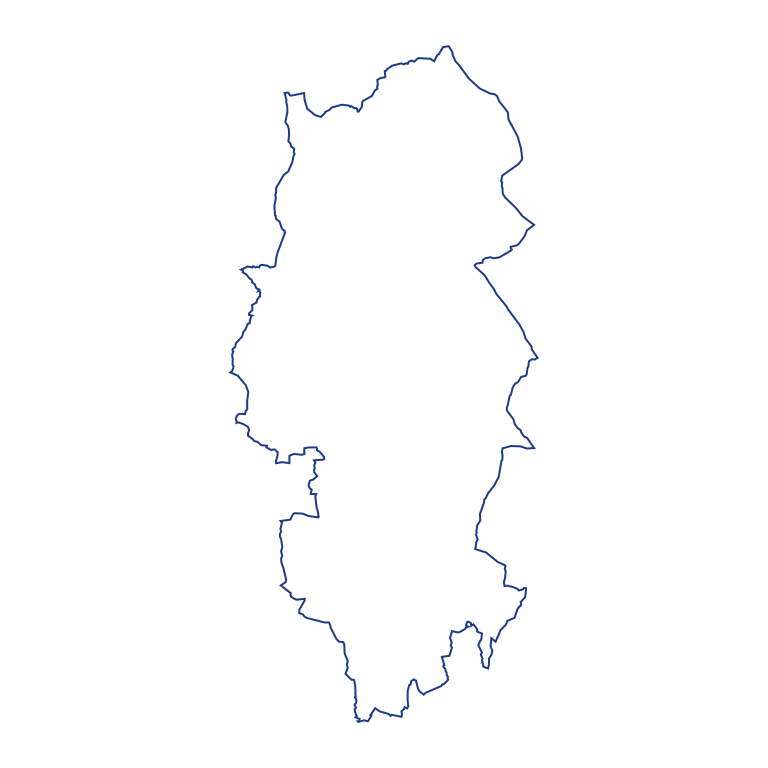 Ski nor, Akershus, Norway
{"feature_id": "86288312B53332495919573", "entity_name": "Ski nor", "entity_type": "district", "adm_level": 2, "iso_a3": "NOR", "parent_name": "Norway", "parent_adm1": "Akershus", "projection": "albers", "projection_center": [10.885, 59.725], "detail": "fine", "context": "isolated", "style": "outline", "palette": "blue", "viewbox_px": 768, "rotation_deg": 0, "n_neighbors": 0, "source": "geoboundaries", "source_scale": "gbopen_adm2", "svg_char_len": 6081}
<svg xmlns="http://www.w3.org/2000/svg" viewBox="0 0 768 768"><path d="M448.6,46.1L443.0,47.2L438.9,54.1L437.3,55.2L434.1,61.3L430.4,58.8L418.4,58.1L414.1,61.6L411.6,60.6L409.0,61.6L407.6,63.1L408.0,63.6L407.7,63.9L405.6,63.3L403.8,64.4L401.3,63.4L397.0,64.4L392.1,65.7L386.8,69.4L386.4,70.6L384.8,71.1L385.3,76.7L384.8,77.3L380.5,78.1L377.3,79.9L377.8,84.8L377.1,86.6L377.3,88.8L375.1,90.2L371.8,96.0L363.1,100.9L362.3,102.2L361.8,106.8L358.5,111.7L357.5,111.4L357.8,110.2L356.4,108.0L354.4,108.3L351.3,106.0L350.1,106.8L349.0,105.6L342.0,104.7L331.6,107.5L329.7,109.7L325.0,112.2L324.8,113.2L320.7,117.0L315.1,115.1L307.3,108.8L304.6,99.9L304.1,93.0L291.1,95.7L289.7,95.0L288.3,92.7L284.6,92.9L286.5,100.3L286.1,101.2L287.2,106.1L287.4,112.1L285.3,122.2L287.8,125.7L288.8,129.0L289.1,134.7L288.4,141.2L290.4,143.6L291.4,146.8L294.0,148.5L294.2,149.8L293.7,152.4L294.6,153.9L293.4,156.6L292.4,162.0L288.2,171.5L283.8,174.9L276.2,187.8L276.0,193.0L275.3,195.1L275.8,197.2L275.6,199.5L274.4,206.1L275.0,215.4L275.6,215.7L276.0,218.8L279.8,222.0L281.1,226.5L282.4,229.3L284.8,230.9L284.5,232.0L285.0,232.8L277.6,252.4L276.4,257.2L275.3,265.4L274.7,266.5L270.1,267.5L267.7,265.8L261.6,264.8L260.1,265.5L259.2,267.4L257.0,266.7L255.6,267.5L253.1,266.2L252.2,267.4L247.6,266.5L241.1,269.6L242.7,270.2L243.0,271.4L242.7,272.2L246.5,274.6L249.9,278.9L251.3,279.4L252.3,281.5L252.1,282.4L255.0,284.6L255.9,287.5L257.1,288.8L258.6,289.1L258.9,289.9L258.4,290.8L259.6,290.2L259.8,292.2L260.4,292.8L260.0,293.6L260.1,296.4L259.2,296.8L256.9,300.2L256.5,302.6L252.1,304.9L252.4,310.0L248.9,313.5L249.1,314.9L252.1,315.6L251.3,316.1L249.9,320.6L249.7,323.4L247.8,323.8L245.6,329.2L243.5,331.7L242.1,336.5L235.9,343.3L235.2,346.8L232.5,349.3L232.8,351.6L233.2,351.6L232.1,354.8L232.7,358.8L232.6,364.5L233.6,366.6L232.1,371.2L230.4,372.5L237.8,375.7L245.7,385.1L248.3,392.0L247.2,400.5L247.2,409.1L245.7,411.0L245.1,414.1L239.4,413.8L237.2,415.3L235.7,418.5L236.6,421.6L236.4,422.9L238.0,422.3L243.1,424.0L248.0,427.0L249.2,430.2L248.0,433.3L248.0,435.7L253.1,439.4L253.9,440.8L257.6,441.9L261.2,445.1L266.9,445.8L266.3,447.3L271.0,450.0L274.5,449.4L277.8,452.3L277.2,457.4L276.0,460.6L276.1,463.2L282.2,462.2L289.4,463.1L289.4,455.8L293.9,453.9L301.4,454.8L304.0,454.2L304.6,453.9L304.1,451.4L304.4,448.2L308.4,447.5L316.4,447.4L317.1,448.5L317.0,450.3L319.6,451.7L324.1,456.9L324.2,459.1L322.9,459.7L314.0,460.3L315.4,462.6L314.3,464.9L314.7,468.5L314.0,470.3L314.3,472.4L317.3,476.1L312.9,479.7L309.8,480.6L308.6,485.7L309.9,488.3L311.6,489.6L310.7,494.0L316.2,494.1L315.3,496.7L316.5,506.6L318.1,512.6L318.3,515.9L318.7,516.3L318.4,517.4L308.5,516.0L302.5,513.6L294.6,513.2L293.0,514.2L290.3,519.6L280.6,521.0L282.0,522.8L280.4,528.8L281.1,531.3L280.0,533.9L279.8,536.2L281.1,539.0L282.3,547.1L281.1,551.1L282.2,555.9L281.1,558.7L281.4,562.4L283.5,568.4L286.2,580.0L285.7,582.1L280.8,585.4L290.8,593.2L290.5,595.4L290.9,596.5L294.3,598.8L296.6,599.7L304.7,598.8L304.6,600.6L299.3,609.7L299.3,613.1L303.0,614.5L304.6,616.7L307.0,618.0L324.8,622.5L328.8,622.4L330.4,625.6L330.6,627.6L336.3,638.7L338.8,641.6L343.3,642.1L344.3,644.5L344.6,653.3L347.8,661.2L346.9,664.2L347.7,668.1L345.5,673.8L351.4,679.7L353.9,679.8L354.4,681.5L355.4,687.3L355.4,694.7L355.8,696.2L354.9,697.4L355.8,698.1L356.5,700.4L355.8,703.5L354.8,704.2L354.8,705.6L356.0,707.6L354.9,709.0L354.8,710.2L355.9,714.5L356.9,716.1L355.5,717.3L359.6,719.0L358.8,721.0L357.7,721.3L358.3,721.9L364.1,720.3L367.9,721.3L371.3,716.0L371.4,715.2L370.5,715.0L375.2,708.2L379.7,711.4L389.0,714.1L390.5,715.8L391.6,714.8L401.4,716.8L402.0,714.7L401.5,711.3L404.2,708.8L404.7,707.1L407.1,708.4L408.3,706.5L407.6,700.1L407.7,691.0L409.2,685.2L410.5,684.6L411.1,681.4L413.7,679.4L416.0,680.6L418.0,688.7L419.2,691.1L423.8,694.6L425.6,692.8L441.3,686.0L442.2,684.4L443.2,684.5L447.2,681.0L448.1,679.6L447.7,678.9L447.8,676.6L446.7,674.8L446.5,672.4L445.7,671.4L445.4,669.0L443.3,666.6L443.5,665.3L444.3,665.0L441.9,656.8L449.4,655.8L452.0,647.6L450.6,645.5L451.8,642.9L450.0,638.0L452.0,631.1L458.4,632.5L461.4,631.2L465.1,628.9L465.8,627.6L468.3,626.7L466.1,625.5L467.0,622.4L467.9,621.6L470.8,622.9L471.3,625.8L473.3,624.3L476.9,628.7L477.3,631.7L482.0,633.5L481.2,639.9L480.2,640.7L478.3,645.3L482.0,652.6L480.8,654.5L482.5,658.7L482.0,660.4L482.5,661.4L482.2,662.7L483.0,663.7L483.5,666.8L488.1,668.4L488.9,664.9L489.0,658.5L491.4,654.8L492.3,650.8L490.6,646.1L491.4,638.2L495.6,641.7L500.7,630.0L505.7,624.9L507.4,620.9L514.5,617.8L517.3,609.5L519.8,606.0L520.8,605.7L521.3,603.9L520.6,602.1L525.0,597.4L525.7,593.2L526.0,588.2L524.1,587.9L522.8,589.4L518.8,590.5L517.4,588.9L513.2,587.1L507.3,585.7L504.5,586.0L503.9,582.2L505.0,578.1L505.7,571.9L504.8,568.5L505.5,565.8L505.3,565.4L497.9,562.1L486.1,552.5L475.1,549.0L475.8,547.0L476.1,542.5L477.7,539.6L476.0,534.8L476.7,532.6L476.4,531.5L477.2,525.4L480.3,520.6L479.9,514.1L483.8,503.3L484.4,499.3L485.7,498.2L488.0,493.4L494.2,485.4L498.7,477.0L501.4,461.1L502.3,459.8L502.6,455.5L501.9,452.0L502.6,448.3L511.1,446.0L520.7,446.4L526.9,448.5L534.0,448.0L527.2,438.0L523.7,436.2L521.0,431.9L520.7,430.3L517.4,427.9L514.7,423.8L513.4,419.3L506.9,410.4L506.8,407.8L508.1,403.9L509.2,397.6L510.0,395.4L510.9,394.9L512.7,387.5L514.9,383.9L518.0,382.1L521.1,376.9L525.8,375.8L526.6,374.5L527.6,367.4L528.4,366.6L528.7,362.4L529.4,360.9L531.9,359.3L534.6,359.5L537.6,357.9L531.7,349.2L531.5,346.5L525.5,338.6L523.6,332.1L519.4,324.5L507.8,309.1L506.7,306.6L496.4,294.0L493.9,289.0L489.1,282.6L484.8,275.4L475.4,266.9L474.6,265.3L476.4,263.6L482.4,262.7L483.0,259.9L485.2,258.3L490.6,257.2L493.1,258.3L499.3,257.4L511.2,250.4L511.8,249.5L510.7,248.0L510.7,246.8L517.1,245.3L518.9,243.8L524.7,236.1L526.9,230.3L534.1,224.9L522.5,216.2L515.2,207.2L505.3,197.7L502.7,193.6L502.5,188.3L501.8,186.3L502.2,182.3L501.1,181.1L502.4,175.5L518.6,164.0L521.8,159.8L522.2,158.0L521.0,148.6L517.7,136.5L508.6,119.6L507.8,112.2L499.1,101.1L497.1,96.1L494.2,94.0L490.6,93.7L479.7,88.5L468.8,78.5L459.2,65.3L455.6,61.4L452.8,55.4L452.2,51.7L448.6,46.1Z" fill="none" stroke="#1e3a8a" stroke-width="2"/></svg>